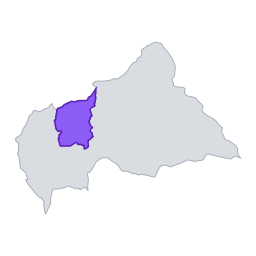 where Ouham sits in Central African Republic
{"feature_id": "CAF-810", "entity_name": "Ouham", "entity_type": "Prefecture", "adm_level": 1, "iso_a3": "CAF", "parent_name": "Central African Republic", "parent_adm1": "", "projection": "robinson", "projection_center": [17.885, 7.097], "detail": "fine", "context": "in_parent", "style": "filled", "palette": "violet", "viewbox_px": 256, "rotation_deg": 0, "n_neighbors": 0, "source": "natural_earth", "source_scale": "10m", "svg_char_len": 7967}
<svg xmlns="http://www.w3.org/2000/svg" viewBox="0 0 256 256"><path d="M182.1,87.5L184.7,88.2L185.1,89.1L184.4,92.0L184.9,93.8L186.4,95.3L187.8,96.0L189.2,96.4L194.1,97.3L196.1,98.4L198.8,101.8L202.2,104.9L203.0,106.5L202.8,108.0L201.8,109.8L202.0,110.5L203.5,112.4L205.3,114.2L208.6,116.3L214.2,119.5L216.7,121.7L217.6,123.3L219.1,125.1L221.1,126.7L222.4,128.0L221.5,131.5L221.8,132.7L222.3,133.7L223.5,135.1L223.9,136.9L225.1,139.1L226.5,140.1L228.8,140.5L230.0,141.5L232.6,143.3L235.0,144.9L236.1,145.9L236.7,146.9L237.3,148.0L237.6,149.1L237.6,151.5L238.1,154.5L239.4,156.5L240.6,158.0L235.6,156.3L234.9,156.2L234.0,156.5L231.4,158.7L230.5,158.9L227.3,158.5L219.3,156.8L213.1,155.2L211.3,154.6L208.0,154.0L205.8,155.1L203.8,158.9L203.2,159.7L200.0,160.8L198.5,160.5L194.8,161.5L189.1,160.0L187.1,160.3L185.5,161.1L181.4,162.8L178.9,163.8L176.0,164.7L173.3,166.0L171.4,166.8L169.6,166.8L168.0,166.0L166.2,165.3L164.0,165.2L161.8,165.6L159.9,167.1L159.2,168.2L157.5,171.1L155.6,175.8L154.8,176.7L154.1,177.2L145.2,174.9L141.4,174.3L138.8,175.0L135.5,173.7L134.1,173.5L133.4,173.9L131.6,173.3L128.7,171.7L125.8,171.0L123.3,171.3L121.8,170.7L120.5,169.2L118.9,166.3L116.0,163.5L112.1,161.2L109.7,159.5L108.7,158.4L106.6,157.8L103.4,157.6L100.3,158.8L95.9,162.3L91.8,169.5L89.5,172.3L87.6,173.0L87.2,174.8L88.1,177.6L88.3,180.8L87.7,186.2L87.9,190.1L86.9,189.5L86.0,187.6L85.6,187.3L82.8,188.1L81.4,188.9L80.7,189.6L80.1,189.7L79.2,188.7L78.6,188.5L77.5,188.7L76.4,188.7L75.7,188.5L75.2,188.6L74.0,188.0L69.3,186.5L68.5,186.0L67.5,186.1L65.1,187.4L63.8,187.8L60.0,188.6L55.8,189.0L54.3,189.0L53.2,189.6L52.5,190.4L51.2,195.4L50.8,196.3L50.9,197.6L50.5,201.6L50.7,202.9L45.7,213.9L44.9,212.1L44.4,209.9L44.2,207.4L44.3,206.8L44.0,206.0L43.6,204.0L44.0,202.7L43.7,201.3L42.7,200.0L41.8,199.0L41.3,198.1L40.9,197.7L39.9,197.5L38.6,197.0L33.1,190.5L27.4,183.3L26.3,180.9L25.8,179.5L27.2,179.4L27.5,179.1L27.6,178.5L26.7,176.6L26.3,174.2L25.6,172.8L23.3,170.6L21.2,168.9L20.5,168.0L20.1,166.7L19.3,158.9L19.0,156.6L18.3,155.7L17.8,155.2L17.6,154.6L17.7,153.2L18.0,152.0L18.0,151.5L18.6,150.4L18.6,143.1L17.9,142.1L16.6,142.1L15.9,141.0L15.4,139.7L15.5,138.8L16.8,137.3L17.6,136.7L20.0,135.5L20.7,135.0L21.1,134.2L21.4,133.3L22.9,129.5L25.0,125.8L25.9,125.0L28.0,119.5L28.5,118.1L28.9,116.7L29.5,115.6L31.9,113.7L33.6,110.5L35.5,110.6L37.4,111.2L39.9,111.4L41.9,110.8L43.2,109.5L49.2,107.3L49.6,105.6L50.6,104.6L51.7,103.8L52.1,103.7L52.2,104.3L52.8,106.1L54.2,107.9L56.2,109.9L56.8,109.8L58.1,108.3L61.2,107.4L62.0,107.0L64.3,104.8L66.9,103.4L68.5,102.9L71.2,101.4L73.2,101.6L76.3,101.4L81.4,100.7L85.2,100.5L87.1,100.2L87.6,99.9L88.3,97.8L88.9,97.2L90.3,96.3L93.0,93.1L94.8,90.4L95.4,89.5L95.7,89.3L96.5,88.2L95.7,87.0L92.7,84.6L92.7,84.3L92.5,83.9L92.7,83.6L93.9,82.6L95.5,81.5L97.2,81.1L101.6,81.2L105.3,80.9L106.2,81.0L109.1,80.4L111.2,79.9L113.2,78.8L117.9,78.9L121.8,76.0L122.9,75.5L123.4,75.0L123.5,74.6L125.3,73.4L127.4,71.0L129.0,68.9L129.4,67.3L133.8,62.2L135.4,62.3L136.1,61.7L137.8,58.2L138.4,57.6L140.2,57.0L141.1,56.0L141.8,54.5L141.8,52.6L141.4,51.1L141.4,50.4L141.9,49.7L142.6,49.0L145.9,47.2L146.7,46.3L147.2,45.5L148.2,45.4L149.2,45.4L149.8,44.9L150.6,44.1L152.9,43.0L155.0,42.1L157.3,42.5L161.4,43.6L162.6,46.0L163.2,46.9L168.3,52.7L169.2,54.1L171.8,58.3L173.3,61.1L175.1,65.2L175.3,67.4L175.0,69.3L174.7,74.7L174.2,76.2L172.0,79.1L172.0,80.4L172.4,81.5L173.1,82.0L173.5,82.5L173.3,85.0L174.1,86.0L175.7,86.7L179.9,87.1L182.1,87.5Z" fill="#d9dde1" stroke="#a8b0b8" stroke-width="1"/><path d="M78.5,100.7L86.1,100.5L87.5,100.1L88.0,99.3L88.0,98.4L88.4,97.6L89.0,97.0L89.7,96.6L90.7,96.2L91.0,96.0L91.4,95.6L92.1,94.4L92.7,93.8L92.9,93.4L93.1,93.0L93.3,92.6L95.0,90.3L95.7,88.8L95.9,88.6L95.7,89.3L95.8,89.6L95.9,89.9L95.9,90.7L95.8,91.0L95.7,91.2L95.7,91.3L95.8,91.5L95.8,91.8L95.7,92.2L95.7,92.3L95.9,93.0L95.7,93.2L95.6,93.3L95.6,93.8L95.5,94.0L95.4,94.1L95.4,94.7L95.4,94.9L95.3,95.0L95.1,95.3L95.0,95.6L95.0,95.8L95.0,96.0L95.3,96.3L95.6,96.4L95.6,96.6L95.7,97.6L95.8,97.9L95.8,98.0L95.7,98.1L95.5,98.3L95.5,98.5L95.7,98.9L95.6,99.0L95.4,99.3L95.5,99.6L95.6,99.8L95.4,100.4L95.3,100.5L95.2,100.9L95.1,101.0L95.1,101.4L95.0,101.8L95.2,102.1L95.1,102.3L95.0,102.5L94.9,102.6L94.6,102.8L94.4,102.9L94.5,103.0L94.7,103.3L94.7,103.5L94.4,103.8L94.3,104.0L94.4,104.3L94.5,104.4L94.5,104.5L94.3,104.9L94.3,105.1L94.3,105.5L94.5,105.7L94.9,105.7L94.7,106.0L91.1,108.0L90.2,108.9L90.0,109.5L91.9,115.6L91.9,116.0L91.7,116.2L91.0,116.5L90.9,116.6L90.7,116.8L90.7,117.4L90.7,117.5L90.4,117.9L89.8,118.3L89.7,118.5L90.1,118.9L90.2,119.1L90.1,119.3L89.9,119.4L89.8,119.6L89.6,119.9L89.4,120.8L89.3,121.1L89.0,121.3L88.8,121.4L88.7,121.7L88.7,121.9L88.8,122.2L89.2,122.5L89.4,122.8L89.6,123.1L89.9,124.2L89.9,124.3L90.0,124.4L90.3,124.4L90.4,124.5L90.3,124.8L90.2,125.1L90.2,125.4L90.4,125.7L90.7,126.0L91.0,126.3L91.3,126.5L92.2,126.9L92.3,127.0L92.4,127.4L92.4,127.6L92.4,127.8L92.2,127.9L91.3,128.4L91.0,128.7L90.8,129.0L90.6,129.3L90.4,130.3L90.2,130.6L90.2,130.8L90.3,131.0L90.5,131.4L92.1,133.1L92.2,133.4L92.3,133.7L92.3,134.8L92.3,135.4L92.3,135.7L92.4,136.0L92.6,136.1L92.9,136.3L93.1,136.4L93.1,136.5L92.8,136.9L92.3,137.2L92.2,137.3L91.9,137.6L91.3,138.2L90.3,139.2L90.0,139.4L89.4,139.8L89.1,140.0L88.2,140.4L88.2,140.5L88.2,141.1L88.2,141.4L88.2,141.7L88.0,142.3L88.0,142.6L88.0,143.0L88.1,143.5L88.2,143.8L88.2,144.7L88.3,145.8L88.1,145.7L88.0,145.8L88.0,146.4L88.0,146.6L87.9,146.9L87.9,147.1L87.8,147.3L87.6,147.5L86.1,148.4L85.3,148.7L84.7,149.0L84.4,149.0L84.3,148.9L84.2,148.7L84.2,148.0L84.2,147.7L83.9,147.0L83.8,146.8L83.8,146.6L83.9,146.4L84.2,146.2L84.3,146.0L84.3,145.9L84.3,145.7L84.2,145.6L83.9,145.4L83.6,145.3L83.2,145.3L82.6,145.3L82.4,145.3L82.2,145.4L81.9,145.2L81.9,144.7L81.5,144.4L81.2,144.4L79.8,144.5L79.6,144.6L79.4,144.6L79.1,144.3L78.9,144.2L78.5,144.2L78.2,144.4L77.8,144.4L77.6,144.3L77.5,144.2L77.4,144.0L77.4,143.7L77.3,143.4L76.4,142.9L76.0,142.6L75.8,142.5L75.5,142.5L75.0,142.6L74.7,142.8L74.5,143.1L74.2,143.5L70.7,145.7L70.1,146.0L61.7,146.1L60.7,146.0L60.3,145.9L60.0,145.1L59.6,144.5L59.6,144.2L59.6,143.2L59.4,143.1L59.3,142.7L59.3,142.3L59.1,142.0L59.0,141.8L58.9,141.6L58.8,141.3L58.6,140.2L58.7,139.7L58.5,139.3L58.3,138.7L58.4,138.4L58.4,138.2L58.5,138.1L58.8,138.2L59.1,137.9L59.1,137.7L58.9,137.2L58.9,136.6L59.0,135.9L59.0,135.6L59.0,135.2L59.1,134.8L59.2,134.6L59.3,134.5L59.4,134.4L59.5,134.4L59.7,134.6L59.9,134.4L60.1,134.4L60.3,134.1L60.4,133.9L60.3,133.5L60.3,133.3L60.4,133.2L60.7,133.2L60.8,132.9L61.0,132.7L61.3,132.6L61.5,132.7L61.7,132.4L61.7,131.7L61.5,131.4L61.2,131.3L61.1,131.2L60.8,130.9L60.7,130.9L60.4,131.0L60.2,131.1L59.9,130.9L59.6,131.0L59.4,130.9L59.2,131.0L59.1,131.3L58.8,131.4L58.5,131.5L58.4,131.5L58.2,131.4L57.9,131.0L57.6,130.9L57.4,130.8L57.3,130.6L57.2,130.1L57.1,129.9L56.9,129.7L56.5,129.6L56.4,129.5L56.2,128.7L56.0,128.4L55.9,128.4L55.8,128.1L55.7,127.5L55.7,126.8L55.5,126.1L55.3,125.4L55.2,125.1L55.2,124.6L55.2,123.2L55.0,122.9L55.0,122.7L54.9,122.3L54.9,122.1L54.6,121.9L54.4,121.1L54.4,120.9L54.5,120.8L54.6,120.7L54.8,120.6L54.7,120.3L54.7,120.1L54.8,120.0L54.9,119.9L55.2,119.9L55.4,119.4L55.5,119.3L55.7,119.1L55.8,118.9L55.9,118.5L56.0,118.1L55.9,117.7L55.7,117.1L55.7,116.9L55.8,116.7L56.1,115.8L56.1,115.6L56.2,114.2L56.2,113.9L56.4,113.4L56.4,113.2L56.5,112.9L56.9,112.6L57.0,112.6L57.0,112.4L57.0,112.1L57.0,111.9L56.8,111.6L56.7,111.4L56.9,110.5L56.8,110.0L57.1,109.6L57.4,109.6L57.5,109.4L57.3,109.3L57.3,109.1L57.4,108.7L57.6,108.5L57.9,108.3L58.6,108.1L59.3,108.0L59.7,108.0L59.8,107.8L59.9,107.6L60.1,107.6L60.6,107.7L60.8,107.3L61.0,107.1L61.3,107.2L61.5,107.3L62.0,107.3L62.3,106.9L62.9,106.1L63.2,105.7L63.4,105.7L63.5,105.7L63.7,105.3L63.8,105.1L64.0,104.8L64.3,104.6L66.7,103.6L67.0,103.4L67.2,103.1L68.1,103.4L68.3,103.2L68.4,102.8L68.7,102.5L69.1,102.4L69.7,102.4L70.0,102.3L70.4,102.1L70.7,101.5L71.1,101.4L71.4,101.4L71.8,101.4L74.1,101.8L74.9,101.9L75.5,101.7L76.9,101.1L78.5,100.7Z" fill="#8b5cf6" stroke="#5b21b6" stroke-width="1.5"/></svg>